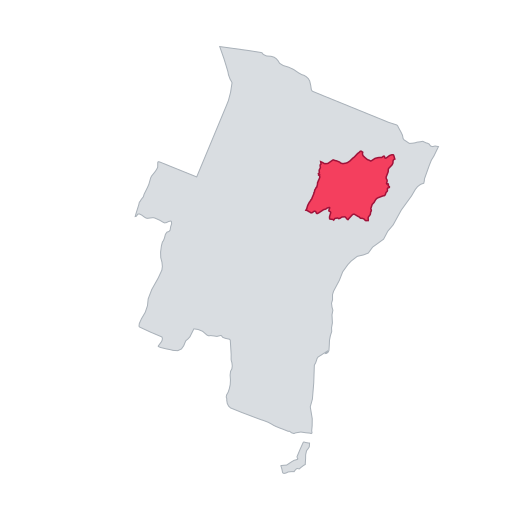 Angola, with Huíla highlighted, rotated 202°
{"feature_id": "AGO-1891", "entity_name": "Huíla", "entity_type": "Province", "adm_level": 1, "iso_a3": "AGO", "parent_name": "Angola", "parent_adm1": "", "projection": "equal_earth", "projection_center": [15.141, -14.853], "detail": "fine", "context": "in_parent", "style": "filled", "palette": "rose", "viewbox_px": 512, "rotation_deg": 202, "n_neighbors": 0, "source": "natural_earth", "source_scale": "10m", "svg_char_len": 7398}
<svg xmlns="http://www.w3.org/2000/svg" viewBox="0 0 512 512"><g transform="rotate(202 256 256)"><path d="M382.8,247.3L383.2,250.9L383.6,256.1L383.9,259.8L384.2,261.4L384.3,262.3L383.9,263.2L383.6,265.4L383.0,267.4L382.6,268.8L382.9,271.3L382.3,278.7L382.2,282.3L382.9,288.9L382.8,290.9L381.0,296.9L380.5,299.9L380.4,301.5L382.1,305.9L382.0,306.8L380.6,307.1L379.5,307.1L340.6,307.1L339.8,383.3L339.8,389.8L340.9,398.3L343.1,407.6L344.0,408.5L346.2,410.2L349.4,413.7L351.1,416.4L354.7,420.9L359.5,426.8L368.1,436.6L338.7,444.0L327.4,446.6L326.4,446.6L324.8,445.6L321.2,445.4L316.9,446.8L313.6,447.1L311.1,446.5L308.7,445.3L306.3,443.5L302.2,442.8L296.4,443.3L290.8,443.0L285.4,441.8L281.5,441.3L279.2,441.5L276.7,441.1L274.0,440.1L271.8,438.4L269.2,434.7L267.1,431.1L266.6,430.6L265.9,430.1L265.2,429.9L253.7,429.8L183.0,429.6L174.8,430.2L174.2,430.1L173.2,429.6L172.5,428.9L170.1,426.9L168.1,425.3L165.4,422.8L163.6,420.0L162.1,419.1L159.4,418.6L157.4,418.1L155.8,417.9L153.0,419.3L150.8,420.6L149.3,421.9L146.7,423.3L144.4,424.8L140.5,424.6L139.7,424.8L137.5,424.7L135.4,423.4L133.4,423.5L131.1,425.1L127.8,425.8L128.5,415.3L129.3,410.6L129.3,405.1L128.7,390.6L128.1,388.7L127.7,386.3L129.7,384.6L130.8,383.2L132.2,380.8L133.2,377.5L134.3,370.0L138.5,353.0L140.5,336.2L143.1,328.3L144.0,319.4L151.2,307.9L153.0,300.8L156.7,297.3L162.0,293.6L165.8,287.1L167.6,282.5L169.7,273.8L169.6,264.6L170.9,252.4L170.6,248.9L168.6,244.0L168.3,240.5L166.4,237.1L164.4,234.5L163.5,229.9L160.1,222.6L159.1,217.8L157.5,214.3L157.2,210.0L156.3,205.4L154.7,200.9L153.0,195.8L153.0,194.2L154.0,192.2L155.0,191.6L154.7,192.6L154.0,193.7L154.2,194.6L160.6,185.6L161.0,183.8L160.8,181.8L160.7,179.4L161.0,176.6L154.9,159.9L150.1,144.4L149.2,136.5L142.9,126.2L140.3,119.5L138.9,114.8L137.8,113.0L138.2,112.1L139.9,111.9L143.5,110.8L148.5,109.6L153.1,106.8L154.3,105.6L156.8,105.4L159.3,106.1L160.2,105.6L160.7,105.5L166.6,105.5L169.0,105.4L173.5,105.4L176.4,105.6L178.0,105.9L182.4,106.4L187.8,106.3L189.8,106.1L196.9,105.9L210.3,105.6L217.4,105.6L222.7,105.6L225.2,106.6L227.4,108.5L228.4,110.2L228.9,110.9L229.6,112.7L230.8,114.1L231.2,116.3L230.8,119.3L231.0,122.8L231.7,127.0L233.2,131.4L235.4,135.9L236.4,139.6L236.1,142.3L236.8,145.1L238.4,148.1L239.7,149.7L240.4,150.9L242.2,155.5L248.3,168.3L249.3,168.9L250.6,168.7L253.4,168.2L256.3,168.1L258.3,169.2L259.1,169.0L262.1,166.8L265.1,166.1L268.3,165.2L269.9,164.3L271.8,164.3L277.0,166.1L277.9,166.2L282.1,166.2L286.3,165.2L286.9,157.8L287.0,156.4L288.0,153.6L289.3,151.2L289.4,148.9L289.4,145.7L290.3,141.9L293.1,138.9L297.6,137.4L300.2,137.1L304.2,136.3L310.4,135.4L312.7,135.5L312.9,136.0L311.5,141.3L311.5,143.0L312.0,144.7L313.0,145.7L325.3,145.9L337.0,146.5L337.7,146.7L338.2,147.1L338.9,149.7L338.7,154.9L337.6,162.3L338.0,169.3L339.9,175.8L340.1,185.8L338.4,199.2L338.0,207.7L338.9,211.2L340.8,214.9L343.7,218.8L345.9,223.8L347.5,230.0L348.0,233.9L347.6,235.5L347.6,238.2L348.1,242.2L347.5,244.8L345.9,246.1L345.3,247.8L346.1,251.2L346.3,254.3L347.4,256.3L348.1,256.5L349.8,255.4L351.7,253.3L353.3,252.4L355.5,252.6L358.6,253.1L364.1,253.3L365.8,253.0L370.9,250.2L372.2,250.0L374.2,250.3L377.1,251.1L380.0,251.3L381.4,250.4L381.5,249.3L382.0,247.8L382.8,247.3ZM154.4,70.7L154.1,71.2L151.8,72.4L149.3,73.6L146.0,78.4L144.4,80.5L143.9,81.0L142.4,82.1L141.3,83.1L141.3,83.7L142.1,84.3L142.8,85.3L142.7,93.1L142.4,100.8L142.0,101.5L140.0,101.7L137.2,102.3L136.3,102.6L136.0,101.9L135.1,99.0L135.6,96.4L136.2,94.4L135.5,90.3L134.1,86.7L132.6,82.1L132.2,81.2L133.4,79.7L135.3,76.5L136.1,74.8L138.3,74.4L139.1,73.2L139.7,71.4L139.9,70.3L142.3,69.4L145.3,67.8L146.9,66.0L148.6,64.9L149.7,64.9L150.3,65.3L152.3,68.3L153.9,70.3L154.4,70.7Z" fill="#d9dde1" stroke="#a8b0b8" stroke-width="1"/><path d="M226.9,317.1L226.7,318.7L226.7,319.2L226.8,319.8L227.0,322.2L227.0,322.5L226.7,325.7L226.7,325.8L226.4,326.5L226.3,327.1L226.3,327.3L226.1,328.1L226.1,328.6L226.1,328.9L226.0,329.0L225.8,329.5L225.7,329.8L225.7,330.0L225.7,330.4L225.8,330.7L225.8,330.8L225.7,335.4L225.9,336.1L226.0,336.3L226.0,336.6L225.9,336.8L225.8,337.1L225.8,337.4L225.9,337.7L226.2,338.9L226.2,339.3L226.2,339.6L226.0,340.2L225.9,341.8L225.9,342.0L225.7,342.1L225.5,342.3L225.5,342.5L225.8,345.2L225.9,345.6L226.2,346.4L226.4,347.1L226.4,347.5L226.4,347.8L226.3,348.0L226.3,348.6L226.4,349.2L226.4,349.7L226.3,349.9L226.3,350.3L226.3,352.7L226.4,353.0L226.5,353.3L226.9,353.9L227.4,354.3L228.0,354.4L227.8,354.9L227.7,355.0L228.4,355.1L228.6,355.2L228.7,355.3L228.9,355.5L229.0,355.7L228.8,355.8L228.6,356.5L228.4,356.9L228.5,357.1L229.3,358.5L229.5,359.0L229.6,359.7L229.4,361.3L229.4,361.9L229.5,362.3L230.0,363.1L230.1,363.3L230.2,363.5L230.3,363.7L230.5,364.0L230.6,364.5L230.6,364.9L230.3,365.2L230.2,365.4L230.3,365.8L230.5,366.3L231.4,367.7L229.0,367.6L228.0,367.4L227.3,367.3L226.6,367.5L224.7,368.3L223.7,369.1L223.2,370.0L220.7,373.8L220.2,374.1L218.6,374.1L218.0,374.2L217.1,374.4L213.6,374.4L213.1,374.2L212.4,373.9L212.1,373.9L210.4,374.1L209.8,374.3L208.4,375.2L207.8,375.5L206.3,376.7L204.6,379.1L202.9,383.0L201.9,384.6L200.2,389.1L199.1,390.8L198.6,392.1L198.1,392.5L197.7,392.6L195.9,392.2L195.7,391.0L195.4,390.4L195.1,389.9L194.3,389.1L191.9,388.1L189.1,387.2L188.1,387.1L187.6,387.2L186.7,387.2L186.2,387.1L185.3,387.0L184.9,387.4L184.6,387.6L182.2,391.1L181.8,391.4L179.6,393.0L177.8,393.9L176.8,394.2L176.5,394.4L176.1,394.8L175.4,396.0L175.0,396.4L174.6,396.6L174.3,396.5L174.0,396.2L173.7,395.8L173.3,395.3L172.8,395.1L172.2,395.4L171.6,396.2L170.0,398.9L169.5,399.5L168.9,400.0L168.2,400.6L166.9,401.2L166.4,401.2L165.4,400.2L164.9,399.5L163.6,397.9L164.0,397.6L164.2,397.3L164.6,396.2L164.5,395.3L163.9,393.6L163.9,393.0L163.9,392.4L164.0,391.5L164.2,390.9L165.6,387.4L165.8,386.7L165.8,386.0L165.0,383.6L164.9,377.9L164.2,376.5L163.5,376.0L163.0,375.6L162.7,375.1L162.4,374.4L162.3,372.7L162.2,372.2L161.8,371.8L161.4,372.0L160.9,372.4L160.5,372.4L160.1,372.0L160.0,371.4L159.8,370.8L159.4,370.5L158.5,370.4L158.1,370.0L158.1,369.5L158.4,369.0L159.2,368.5L159.4,368.1L159.4,367.6L158.6,365.8L158.6,365.2L158.7,364.8L159.2,363.8L159.2,363.3L159.1,361.3L159.3,360.5L159.7,359.9L160.1,359.7L160.5,359.5L161.0,359.1L164.8,355.6L165.4,354.8L165.8,354.1L166.2,352.8L166.3,352.1L166.4,351.5L166.6,349.9L167.6,347.4L167.3,342.9L166.9,342.4L166.5,342.1L166.1,341.4L166.0,340.9L166.2,339.9L165.6,337.4L165.9,335.9L166.2,335.1L166.3,334.7L166.4,334.0L166.3,333.3L166.0,332.7L165.7,332.2L165.5,331.8L165.2,330.9L167.4,329.9L167.9,329.9L168.6,330.2L169.1,330.5L169.6,330.7L170.3,330.8L171.3,330.8L172.8,330.3L173.3,330.2L173.7,330.3L174.7,330.8L175.2,330.9L176.0,330.9L180.5,331.6L181.6,331.1L182.3,329.9L183.7,326.1L184.0,325.5L184.1,325.1L184.2,324.3L184.8,324.1L185.1,324.2L185.9,324.6L187.5,325.5L188.4,325.6L190.4,324.6L190.9,324.3L191.4,323.7L192.2,322.5L193.2,321.6L194.2,321.8L194.6,321.8L196.9,320.4L197.4,318.4L198.3,318.7L201.0,318.0L201.6,318.0L202.2,319.1L202.5,319.9L202.6,320.6L202.9,323.9L203.2,324.6L203.6,324.9L204.6,324.9L205.0,325.0L205.4,325.2L205.5,325.7L205.6,326.3L205.6,327.7L205.7,328.3L205.9,328.5L206.2,328.5L207.8,327.3L208.2,326.8L208.9,325.6L210.6,324.4L214.1,319.4L215.1,318.3L215.4,318.2L215.8,318.2L216.1,318.4L217.0,319.3L217.4,319.6L217.9,319.6L218.7,319.4L219.0,319.1L220.0,317.4L220.4,317.0L221.0,316.7L221.6,316.6L222.3,316.9L224.1,317.0L224.9,317.2L225.5,317.4L226.9,317.1Z" fill="#f43f5e" stroke="#9f1239" stroke-width="1.5"/></g></svg>